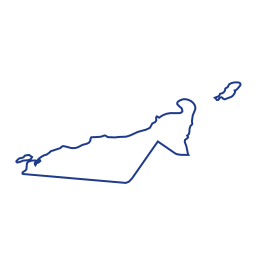 map outline of Mindoro Occidental (Equal Earth projection), rotated 95°
{"feature_id": "PHL-2570", "entity_name": "Mindoro Occidental", "entity_type": "Province", "adm_level": 1, "iso_a3": "PHL", "parent_name": "Philippines", "parent_adm1": "", "projection": "equal_earth", "projection_center": [120.676, 13.012], "detail": "fine", "context": "isolated", "style": "outline", "palette": "blue", "viewbox_px": 256, "rotation_deg": 95, "n_neighbors": 0, "source": "natural_earth", "source_scale": "10m", "svg_char_len": 2218}
<svg xmlns="http://www.w3.org/2000/svg" viewBox="0 0 256 256"><g transform="rotate(95 128 128)"><path d="M183.0,228.4L182.7,229.1L181.3,229.1L179.2,226.4L177.9,225.6L172.0,225.6L170.3,224.4L169.0,221.5L168.4,217.8L169.2,214.4L169.7,216.4L170.6,217.6L171.7,217.8L173.1,217.0L172.3,216.5L171.7,216.6L171.1,217.0L170.5,214.7L170.4,214.4L168.5,212.5L167.8,212.8L167.8,215.2L166.3,214.1L164.4,212.0L162.7,209.6L161.6,206.8L159.1,203.8L158.4,203.5L157.8,202.7L153.9,193.6L152.6,192.6L151.7,191.3L151.9,188.3L152.9,183.0L152.8,180.5L152.3,178.0L151.3,175.8L148.8,171.9L147.2,167.5L145.9,165.5L143.8,164.4L141.9,164.4L140.5,163.8L140.0,160.8L139.9,159.4L139.5,157.0L139.3,155.6L139.0,154.1L137.5,150.8L137.6,149.7L138.0,148.8L138.5,148.1L138.8,147.4L138.8,146.2L138.5,140.1L137.7,136.2L136.8,129.1L135.2,125.2L131.0,117.8L128.0,109.7L125.9,106.2L121.4,104.2L119.7,101.4L118.1,100.5L114.9,100.9L113.9,100.2L115.0,97.9L112.5,94.8L110.6,91.2L109.5,87.2L108.7,78.3L108.0,76.2L106.8,75.3L106.1,75.4L104.5,75.9L103.9,76.2L103.1,76.9L102.7,77.6L102.4,78.2L101.9,78.8L100.1,80.9L98.9,81.2L97.4,80.5L96.3,79.2L95.3,77.3L94.5,75.3L94.3,73.2L94.7,70.3L95.7,67.6L97.2,65.4L99.0,63.8L101.2,62.8L103.4,62.6L109.8,64.6L115.5,64.9L116.7,64.7L117.7,64.4L118.7,64.4L120.5,65.9L121.5,66.2L123.3,66.6L126.9,66.5L129.1,67.0L130.4,68.4L131.9,67.3L133.1,68.0L134.8,70.1L136.5,70.3L137.9,69.8L140.7,68.4L149.0,65.9L149.5,65.5L149.6,66.3L150.1,72.5L150.0,75.9L149.4,78.4L138.8,97.1L177.9,119.6L181.4,122.4L182.9,125.5L183.0,228.4ZM90.0,39.3L90.8,39.9L91.5,40.0L92.1,40.5L92.3,41.9L90.7,43.5L90.3,44.1L89.7,43.0L89.1,41.6L88.3,40.3L87.5,39.7L86.1,39.4L85.6,38.5L85.2,37.3L84.6,36.3L83.6,35.4L82.7,34.9L81.6,34.6L80.4,34.5L79.8,34.1L78.7,32.3L75.7,31.1L74.2,28.8L73.3,25.9L73.0,22.8L73.1,21.4L73.5,20.4L74.2,19.9L75.2,19.7L76.6,20.4L78.9,22.0L80.9,23.7L81.3,25.0L82.7,24.5L84.5,25.0L86.4,26.2L87.8,27.5L91.0,34.1L90.6,35.6L89.7,36.6L89.2,37.7L90.0,39.3ZM170.6,231.3L171.7,234.1L172.0,235.5L171.7,236.0L170.8,236.3L169.9,235.7L169.0,234.8L168.1,234.2L167.5,233.0L167.1,231.2L166.2,229.5L164.5,228.3L163.4,224.4L165.3,221.0L167.9,222.4L168.9,225.3L169.6,229.5L170.0,230.5L170.4,231.0L170.6,231.3Z" fill="none" stroke="#1e3a8a" stroke-width="2"/></g></svg>